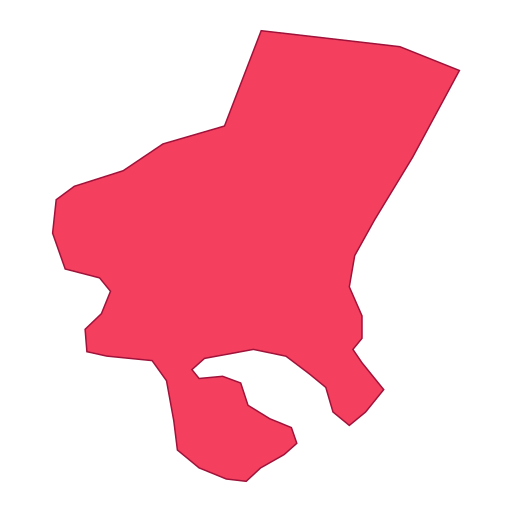 the border of San Pawl il-Bahar
{"feature_id": "MLT-5926", "entity_name": "San Pawl il-Bahar", "entity_type": "state/province", "adm_level": 1, "iso_a3": "MLT", "parent_name": "Malta", "parent_adm1": "", "projection": "albers", "projection_center": [14.403, 35.938], "detail": "fine", "context": "isolated", "style": "filled", "palette": "rose", "viewbox_px": 512, "rotation_deg": 0, "n_neighbors": 0, "source": "natural_earth", "source_scale": "10m", "svg_char_len": 733}
<svg xmlns="http://www.w3.org/2000/svg" viewBox="0 0 512 512"><path d="M261.2,30.7L399.9,46.7L459.4,70.5L412.6,157.3L374.6,219.8L354.7,255.6L349.3,286.9L362.0,315.9L362.0,338.3L352.9,349.4L362.0,362.8L383.7,389.6L365.6,412.0L349.3,425.4L333.0,412.0L325.8,387.4L309.5,374.0L286.0,356.2L253.4,349.4L204.5,358.4L191.9,369.6L199.1,378.5L222.6,376.3L240.7,383.0L248.0,405.3L269.7,418.7L291.4,427.6L296.8,443.3L284.2,454.5L260.6,467.9L246.2,481.3L226.3,479.0L199.1,467.9L177.4,450.0L173.8,420.9L166.5,380.7L152.1,360.6L106.8,356.1L86.9,351.7L85.1,329.3L101.4,313.7L110.5,291.3L99.6,277.9L65.2,269.0L52.6,233.2L56.2,199.7L74.3,186.3L123.2,170.7L163.0,143.9L224.5,126.0L261.2,30.7Z" fill="#f43f5e" stroke="#9f1239" stroke-width="1.5"/></svg>